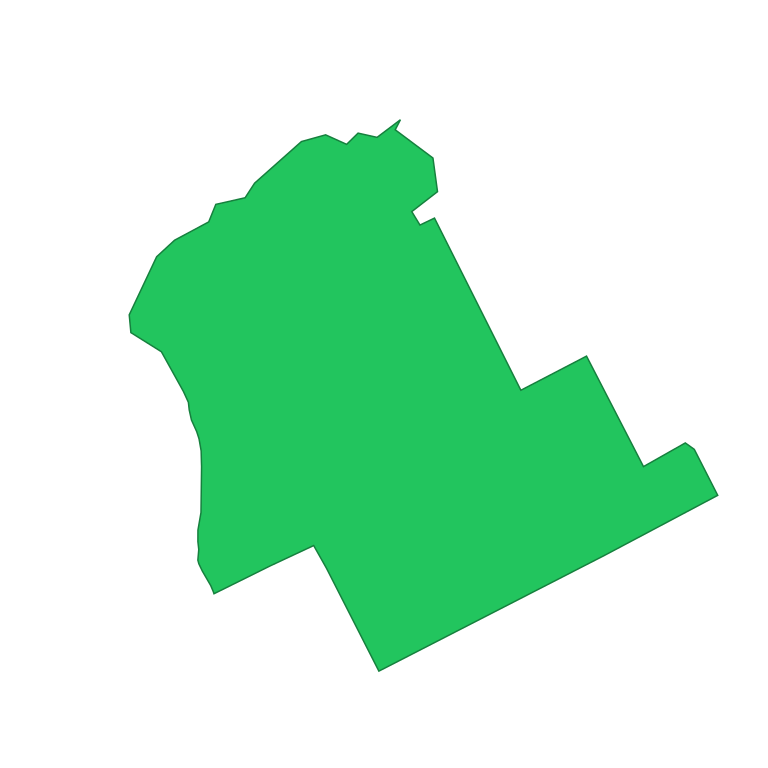 outline of Jersey, Illinois, United States of America, rotated 63°
{"feature_id": "52423323B55765441585507", "entity_name": "Jersey", "entity_type": "district", "adm_level": 2, "iso_a3": "USA", "parent_name": "United States of America", "parent_adm1": "Illinois", "projection": "equal_earth", "projection_center": [-90.406, 39.093], "detail": "fine", "context": "isolated", "style": "filled", "palette": "green", "viewbox_px": 768, "rotation_deg": 63, "n_neighbors": 0, "source": "geoboundaries", "source_scale": "gbopen_adm2", "svg_char_len": 794}
<svg xmlns="http://www.w3.org/2000/svg" viewBox="0 0 768 768"><g transform="rotate(63 384 384)"><path d="M634.7,137.2L583.1,137.2L573.3,142.3L575.4,190.3L451.1,190.9L451.7,264.9L259.1,263.7L258.7,279.8L243.0,281.0L236.9,249.0L204.9,237.8L162.6,258.6L156.0,249.4L161.1,278.2L148.7,293.2L153.5,308.5L135.5,322.9L130.5,347.5L146.3,408.1L155.0,423.2L147.6,452.3L160.0,466.6L160.8,505.3L167.4,528.8L206.7,579.6L223.3,586.2L254.2,567.7L299.6,566.1L311.5,566.6L318.6,569.3L328.6,571.9L341.4,572.5L348.9,573.7L360.6,577.3L371.7,582.6L374.7,584.0L415.4,605.4L429.7,616.1L440.0,621.4L447.4,624.2L456.4,629.8L460.1,630.6L468.3,630.8L484.9,629.9L491.8,630.4L493.7,630.7L494.4,567.9L496.0,520.0L522.1,518.9L637.5,518.9L636.8,264.9L634.7,137.2Z" fill="#22c55e" stroke="#15803d" stroke-width="1.5"/></g></svg>